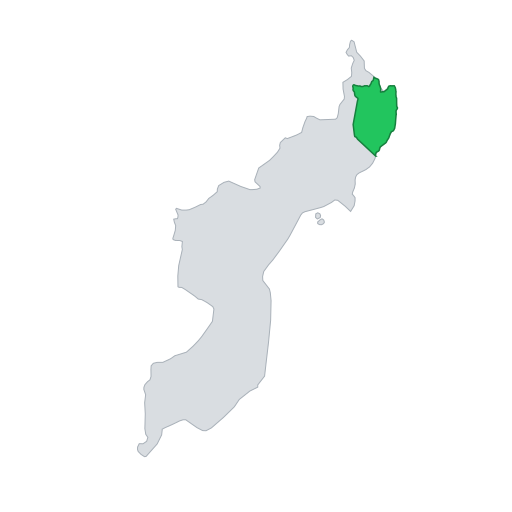 Karonga highlighted on a map of Malawi, rotated 43°
{"feature_id": "MWI-1194", "entity_name": "Karonga", "entity_type": "District", "adm_level": 1, "iso_a3": "MWI", "parent_name": "Malawi", "parent_adm1": "", "projection": "albers", "projection_center": [33.981, -10.031], "detail": "fine", "context": "in_parent", "style": "filled", "palette": "green", "viewbox_px": 512, "rotation_deg": 43, "n_neighbors": 0, "source": "natural_earth", "source_scale": "10m", "svg_char_len": 4640}
<svg xmlns="http://www.w3.org/2000/svg" viewBox="0 0 512 512"><g transform="rotate(43 256 256)"><path d="M195.4,299.7L192.3,295.6L189.8,296.6L186.4,299.6L184.5,300.4L183.6,300.3L183.0,299.5L182.2,297.7L179.5,292.3L176.5,288.5L173.3,287.0L170.7,285.2L171.9,283.5L173.1,282.3L172.5,281.0L171.1,279.2L165.4,276.6L165.3,275.4L170.3,273.1L173.4,270.3L175.6,267.7L178.2,261.9L180.4,256.1L182.0,254.2L182.6,250.4L182.2,246.1L183.3,240.6L183.8,235.4L182.1,233.4L180.7,229.9L182.4,223.9L185.0,219.8L197.5,215.5L206.3,211.6L208.1,209.9L211.1,206.6L212.7,203.4L211.5,202.4L204.7,202.4L203.0,201.1L198.0,189.8L200.7,176.8L200.9,171.7L200.9,165.4L200.0,160.8L197.8,158.9L196.4,156.4L196.8,149.6L198.8,148.8L203.2,139.8L205.1,134.5L202.8,130.3L200.2,124.3L199.0,120.5L198.3,119.2L200.1,116.9L203.1,114.6L206.4,113.9L209.9,112.8L220.9,101.7L221.1,99.5L219.1,95.8L214.9,90.1L214.0,87.8L213.5,81.1L211.9,79.0L205.8,74.5L201.1,69.7L202.5,64.8L203.3,59.5L201.0,56.6L197.5,53.6L195.4,49.1L194.4,45.9L191.7,44.5L189.2,44.5L187.4,46.6L185.4,46.4L183.0,45.7L182.2,42.8L182.1,39.8L180.4,37.7L178.8,34.8L178.6,33.2L179.6,32.8L181.7,32.5L190.7,38.3L196.1,38.6L202.1,39.6L207.3,44.8L210.0,45.5L213.4,44.7L223.1,44.2L227.0,44.9L232.0,47.9L234.0,48.3L237.1,48.5L237.7,47.7L238.0,45.9L237.5,42.3L238.2,40.3L240.1,38.2L245.4,40.7L258.7,51.9L259.1,53.4L267.5,64.5L270.2,69.2L270.2,71.7L272.8,81.4L273.4,86.0L272.8,89.5L272.9,92.2L273.9,96.2L273.6,97.9L276.6,103.7L278.0,108.6L278.3,113.4L277.4,118.0L274.8,124.8L274.3,127.6L274.9,130.1L276.6,132.8L279.5,135.7L281.6,139.2L283.1,143.3L284.3,145.2L285.8,145.2L288.7,145.8L290.9,148.2L293.5,152.3L294.4,156.9L294.8,158.9L287.3,158.8L277.8,159.5L275.4,161.3L274.7,165.3L271.8,173.7L270.1,176.7L266.6,182.3L261.6,190.2L260.6,192.8L260.8,195.5L263.7,206.2L266.7,217.5L267.7,221.9L269.8,236.8L271.0,247.4L271.2,253.7L272.2,262.0L274.8,266.5L277.7,269.3L288.3,271.0L291.5,273.1L297.5,278.4L310.6,293.1L317.8,302.5L324.1,310.7L335.4,326.1L344.2,338.0L345.2,349.1L346.7,350.7L343.6,359.0L341.6,372.3L343.0,381.1L342.3,396.2L340.6,412.2L338.6,417.9L336.0,420.1L329.8,421.8L316.3,423.7L314.3,425.6L312.6,428.7L309.8,436.0L306.6,443.5L305.5,446.7L306.2,447.4L309.0,451.2L311.9,460.9L312.3,477.6L311.3,478.8L307.3,479.5L303.1,479.3L301.3,478.3L299.7,476.5L298.6,472.9L301.4,470.4L302.4,466.1L300.6,462.4L297.0,461.6L292.5,458.1L282.7,447.0L274.6,439.2L269.9,432.7L265.0,430.1L263.6,428.5L262.5,425.8L262.4,421.9L262.9,418.9L261.4,415.7L256.5,410.6L254.2,407.8L254.1,404.5L256.2,401.3L260.4,397.3L263.6,389.4L264.7,384.2L270.7,373.8L271.5,364.8L271.6,357.6L271.3,352.2L269.8,341.1L268.7,333.5L261.4,323.5L259.0,322.5L252.1,323.4L246.1,324.9L243.1,326.9L238.6,327.1L226.9,328.8L223.2,329.6L221.1,331.4L219.9,331.7L212.5,324.0L206.0,315.7L197.7,301.5L195.4,299.7ZM281.1,189.7L279.1,190.2L277.9,189.1L278.2,186.0L278.9,183.8L280.9,183.5L282.2,184.1L283.2,185.1L283.2,186.7L282.6,188.4L281.1,189.7ZM276.7,184.1L275.6,187.1L273.2,187.1L271.0,184.4L271.7,182.3L273.9,181.6L275.7,182.4L276.7,184.1Z" fill="#d9dde1" stroke="#a8b0b8" stroke-width="1"/><path d="M241.1,37.2L243.1,37.9L244.8,39.1L245.5,39.8L246.2,40.2L248.2,42.6L248.6,42.8L249.6,43.9L251.2,44.7L256.8,50.6L258.5,51.2L258.9,52.0L259.0,53.0L259.3,54.1L259.6,54.6L260.9,55.9L261.1,56.0L262.2,57.0L262.2,57.3L267.9,64.4L268.6,65.5L270.3,68.0L270.9,70.0L271.0,70.6L270.9,71.3L270.4,72.4L270.3,73.0L270.7,74.9L272.6,79.2L273.1,82.3L273.6,83.6L273.7,84.3L273.7,84.9L272.5,91.2L272.8,92.5L273.9,94.3L274.1,95.4L274.0,95.9L273.5,97.2L273.3,98.0L273.4,98.3L273.4,98.7L273.7,99.5L274.1,100.3L274.5,101.0L275.0,101.2L275.5,101.2L275.4,101.3L250.8,101.3L250.1,101.2L248.9,100.8L248.3,100.8L247.8,100.9L247.1,101.2L246.7,101.2L245.5,100.4L237.4,93.6L224.4,73.3L223.7,71.9L223.3,71.4L222.9,71.2L220.9,71.4L219.6,71.4L219.0,71.2L218.3,70.8L216.4,69.2L215.9,68.9L215.7,68.8L214.9,68.8L214.3,68.7L213.7,68.3L213.2,67.9L212.8,67.2L212.5,66.9L212.1,66.6L211.7,66.4L211.0,65.9L210.8,65.5L210.6,65.0L210.7,64.3L210.8,64.0L211.0,63.9L212.5,63.4L215.2,61.7L215.5,61.4L215.9,60.9L216.0,60.7L216.8,60.6L217.2,60.4L218.0,59.7L218.4,59.3L218.8,58.7L219.3,57.5L219.5,57.2L220.1,56.8L220.8,56.0L221.2,55.7L221.5,55.5L221.9,55.4L222.9,55.2L223.1,54.8L223.2,54.2L222.8,53.2L222.7,52.6L222.6,51.5L222.3,51.0L222.0,50.3L221.8,49.8L221.7,49.4L221.9,48.4L222.0,47.7L221.7,47.2L220.4,44.9L221.9,44.7L223.4,43.9L225.2,43.4L226.8,44.3L228.2,45.8L229.7,46.8L231.0,47.3L232.7,48.3L234.0,49.5L234.7,50.6L235.3,51.1L236.3,50.1L236.3,49.7L237.1,49.1L237.6,48.5L237.8,47.8L237.8,46.7L238.2,45.0L238.3,44.0L237.3,41.4L238.1,39.9L239.5,38.8L240.2,38.0L241.1,37.2Z" fill="#22c55e" stroke="#15803d" stroke-width="1.5"/></g></svg>